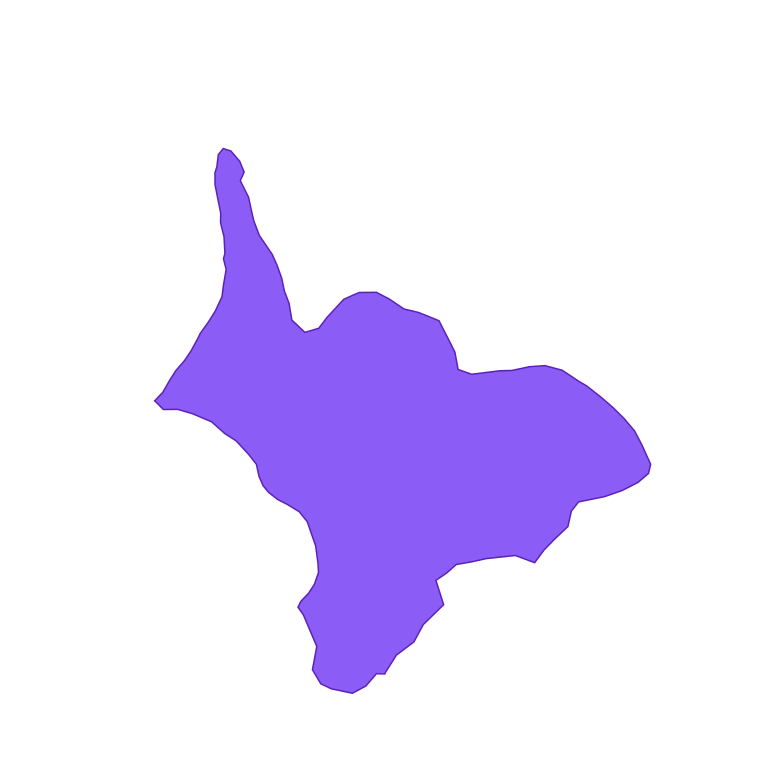 Qubadli District, Qubadli, Azerbaijan (Mercator projection), rotated 159°
{"feature_id": "54616110B66639423042347", "entity_name": "Qubadli District", "entity_type": "district", "adm_level": 2, "iso_a3": "AZE", "parent_name": "Azerbaijan", "parent_adm1": "Qubadli", "projection": "mercator", "projection_center": [46.641, 39.301], "detail": "fine", "context": "isolated", "style": "filled", "palette": "violet", "viewbox_px": 768, "rotation_deg": 159, "n_neighbors": 0, "source": "geoboundaries", "source_scale": "gbopen_adm2", "svg_char_len": 1623}
<svg xmlns="http://www.w3.org/2000/svg" viewBox="0 0 768 768"><g transform="rotate(159 384 384)"><path d="M307.4,163.2L293.7,171.9L279.6,178.3L263.4,185.0L254.6,198.2L244.6,204.2L218.4,199.8L199.8,199.2L182.1,201.1L169.2,205.7L163.8,213.5L165.1,234.9L166.9,250.4L172.3,265.9L178.5,279.6L185.9,293.5L195.5,309.6L200.9,316.3L212.7,333.0L227.2,343.5L242.0,348.0L259.7,350.8L271.0,354.8L298.7,361.7L309.6,371.0L306.4,388.3L307.6,400.8L310.0,423.4L326.1,438.4L338.5,446.9L348.6,461.4L358.2,472.3L374.3,478.3L380.4,478.1L391.2,477.5L413.3,466.6L425.0,459.4L439.4,460.6L447.1,476.7L443.7,493.4L443.7,506.5L441.6,519.2L441.3,532.7L441.9,545.0L447.1,567.1L447.1,582.6L445.6,593.7L443.5,606.9L445.3,625.3L438.6,632.0L438.9,643.6L443.5,656.5L449.7,661.4L456.4,657.6L462.3,646.5L466.1,641.8L470.3,630.7L472.6,617.5L475.2,602.0L478.8,593.2L480.6,578.8L485.7,563.0L489.0,558.4L490.3,547.5L498.6,533.6L504.0,523.5L515.3,512.6L525.3,505.1L537.4,497.1L542.1,492.7L552.1,484.2L561.6,477.5L573.7,471.0L582.7,464.3L593.5,455.5L604.2,450.4L603.5,449.3L599.1,439.2L585.8,434.3L573.7,425.1L558.5,410.5L550.4,394.8L542.4,383.9L535.5,366.5L531.9,354.8L533.8,342.4L533.3,332.3L530.5,324.0L524.6,314.2L517.4,306.2L508.9,295.1L505.0,282.9L505.5,268.0L505.8,257.4L509.9,240.3L512.7,231.5L520.7,222.0L529.2,215.8L539.5,210.9L544.3,206.4L542.0,197.4L540.8,163.1L553.2,142.9L550.4,126.7L542.4,118.3L524.3,106.6L509.0,108.6L494.9,116.3L487.1,113.0L486.7,113.7L469.5,126.5L448.5,132.5L433.6,145.3L407.4,156.6L405.9,182.1L393.2,185.1L381.2,189.6L366.2,186.6L351.3,184.4L322.8,176.8L307.4,163.2Z" fill="#8b5cf6" stroke="#5b21b6" stroke-width="1.5"/></g></svg>